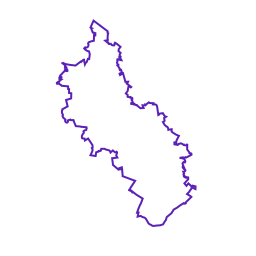 Las Margaritas, Chiapas, Mexico (Mercator projection), rotated 217°
{"feature_id": "50627088B80831055738102", "entity_name": "Las Margaritas", "entity_type": "district", "adm_level": 2, "iso_a3": "MEX", "parent_name": "Mexico", "parent_adm1": "Chiapas", "projection": "mercator", "projection_center": [-91.688, 16.374], "detail": "fine", "context": "isolated", "style": "outline", "palette": "violet", "viewbox_px": 256, "rotation_deg": 217, "n_neighbors": 0, "source": "geoboundaries", "source_scale": "gbopen_adm2", "svg_char_len": 5808}
<svg xmlns="http://www.w3.org/2000/svg" viewBox="0 0 256 256"><g transform="rotate(217 128 128)"><path d="M202.4,193.0L220.1,193.0L218.4,185.7L217.2,185.9L217.5,185.5L213.6,183.0L212.7,183.6L211.1,184.1L209.9,182.3L211.1,181.9L207.8,177.1L209.6,175.0L211.0,172.7L210.8,171.8L210.7,171.4L209.7,170.8L209.3,170.2L208.9,168.7L209.1,168.0L209.7,167.0L210.2,166.5L210.7,166.6L210.9,165.2L210.5,165.0L209.0,164.9L207.1,165.0L205.2,165.7L202.9,163.9L200.5,159.7L201.6,159.1L200.7,155.8L201.0,154.3L200.7,152.9L203.5,155.3L204.2,156.1L204.7,155.6L205.2,152.6L205.7,152.7L207.5,146.3L212.5,143.4L216.9,141.2L218.9,141.0L219.4,140.2L219.1,140.1L218.1,140.6L216.0,139.9L215.4,139.9L215.0,139.6L215.1,138.9L215.0,138.7L214.3,139.4L213.7,139.4L213.5,139.2L213.4,138.9L214.1,138.0L213.4,137.0L213.0,136.8L212.7,136.9L212.7,137.3L212.9,138.1L212.5,138.3L211.4,137.9L211.0,137.6L210.7,137.1L210.9,136.7L211.5,136.4L212.1,136.2L213.0,136.3L213.3,136.3L213.3,136.1L212.8,135.1L213.2,133.7L213.3,132.7L213.4,130.7L213.7,129.7L213.7,129.0L213.6,128.4L213.1,128.3L211.7,128.6L211.6,128.4L212.4,127.8L213.0,127.0L213.0,126.6L212.5,126.4L210.3,126.8L210.4,126.5L211.5,126.2L212.0,125.8L211.9,125.4L211.1,125.1L210.9,124.7L211.0,124.4L210.9,123.6L211.4,123.2L211.8,122.2L212.0,121.2L211.9,121.0L211.4,120.8L211.2,121.0L211.1,120.9L210.6,121.9L210.2,121.6L209.8,122.0L209.4,121.8L207.3,122.0L206.4,121.8L200.9,125.2L199.3,123.1L198.4,123.6L196.2,120.5L194.2,121.6L191.2,117.4L194.3,113.1L189.2,108.9L189.4,108.6L191.7,103.4L191.3,103.0L191.3,102.4L191.0,101.8L189.8,100.3L187.9,99.4L187.7,99.0L187.6,98.2L187.4,98.1L185.8,97.2L183.6,97.2L183.0,97.0L182.8,96.6L182.7,96.1L182.0,95.4L181.6,95.3L180.6,95.2L180.2,95.4L179.7,96.0L179.7,96.7L179.9,97.1L180.2,97.5L180.6,97.8L180.1,98.7L179.0,100.1L178.4,99.9L176.3,101.5L175.5,101.0L175.3,100.7L170.8,98.1L166.8,100.6L166.2,100.7L164.9,101.6L161.6,103.6L160.8,102.8L160.8,102.4L160.2,101.5L160.4,100.8L160.9,100.4L161.4,99.6L161.6,98.6L160.4,97.6L160.4,95.5L160.1,94.0L159.1,92.6L158.7,92.3L158.3,92.2L156.3,93.4L154.9,92.1L153.5,95.6L146.0,92.9L144.4,91.0L144.8,90.2L143.1,89.3L142.4,87.6L141.6,83.7L137.0,86.1L138.8,89.5L137.5,91.2L137.7,91.9L137.0,92.2L136.2,93.3L136.4,93.7L136.2,93.8L136.8,95.3L134.2,97.3L132.9,97.4L130.4,98.5L129.3,98.8L128.5,98.7L127.2,97.9L126.6,100.9L123.7,100.8L123.1,101.3L122.8,101.6L122.8,102.1L122.3,102.1L121.9,101.8L120.9,99.0L118.7,98.0L122.5,94.3L118.1,89.9L117.9,89.5L110.6,89.0L109.6,90.1L110.3,90.3L111.4,89.6L109.3,92.9L107.7,91.4L106.7,90.1L105.5,88.9L103.3,86.3L90.5,90.1L90.0,81.5L89.6,80.7L89.9,79.5L89.7,79.0L88.0,79.4L88.0,79.6L86.5,79.3L86.8,79.9L81.2,79.8L73.8,80.5L72.2,75.1L72.1,73.7L70.9,69.2L69.8,65.8L68.7,66.8L67.0,63.0L65.0,65.4L62.8,65.6L61.1,66.3L60.5,66.4L59.3,66.3L56.5,65.2L54.8,64.4L53.4,64.1L52.2,64.2L51.6,64.5L49.8,64.6L48.7,65.1L45.7,68.0L43.8,69.6L42.0,72.2L42.4,75.7L42.4,77.7L43.3,79.5L43.4,80.4L42.0,86.2L42.4,90.4L40.9,93.8L40.0,97.0L38.4,101.3L37.8,101.2L37.0,101.8L36.8,102.2L37.3,102.2L35.9,111.1L37.2,111.2L41.1,110.8L40.7,114.1L40.9,115.2L40.8,117.5L41.1,118.2L41.6,119.0L37.4,119.8L38.9,122.0L41.8,120.8L42.0,119.6L46.4,120.1L46.5,117.0L49.6,117.7L49.1,123.4L50.2,124.7L50.8,124.2L51.2,123.7L51.3,123.9L51.6,123.7L51.6,123.4L51.6,123.6L51.8,123.5L51.7,123.7L51.9,123.7L51.9,123.9L52.2,123.8L52.3,123.4L53.1,123.6L53.3,123.5L53.2,123.4L53.5,123.5L53.5,123.2L54.1,123.2L54.3,123.1L54.6,123.2L55.1,124.1L55.8,124.4L55.7,125.2L57.6,126.4L56.6,127.2L56.5,127.7L56.7,128.8L58.1,129.1L58.7,128.9L60.5,129.4L60.7,129.8L61.0,130.1L60.9,130.3L60.2,130.5L60.6,130.7L60.8,131.0L61.4,131.1L62.0,131.7L62.7,132.1L63.2,132.6L63.1,134.2L62.8,134.2L61.8,134.8L62.1,135.8L62.6,136.2L64.5,137.2L66.3,136.5L68.8,135.2L66.5,137.6L64.7,138.4L64.7,138.7L64.5,139.2L64.2,139.1L63.8,138.9L63.9,139.0L63.1,140.7L61.2,144.8L61.5,145.2L61.9,145.1L61.9,145.6L62.1,145.7L62.5,145.6L64.5,144.5L63.9,145.3L67.9,146.5L71.1,151.0L70.8,149.1L73.0,148.1L73.3,148.4L73.9,147.9L74.9,148.0L76.7,147.5L77.0,147.1L77.2,146.5L77.7,146.1L78.2,145.4L78.4,145.0L78.1,144.4L81.1,142.9L82.3,144.4L81.5,145.2L80.7,145.3L81.8,147.4L82.6,152.4L85.7,151.6L89.7,151.3L91.0,151.4L92.4,153.3L94.7,150.8L95.5,151.7L96.4,152.3L97.4,152.6L98.0,152.3L100.6,152.5L103.7,153.8L103.2,155.0L103.1,155.8L105.2,157.7L104.4,159.9L105.5,159.6L106.8,159.8L107.8,160.4L108.5,160.4L109.1,160.8L112.0,157.9L111.3,157.3L111.6,156.6L117.7,162.7L119.1,163.5L120.1,163.4L122.2,161.9L122.6,163.1L125.7,161.0L126.8,161.0L127.5,158.4L127.7,157.1L128.4,157.0L128.0,156.3L130.1,154.9L128.4,153.6L128.0,153.6L127.6,153.4L129.9,151.3L134.7,151.4L134.9,151.6L135.5,151.1L136.6,150.8L140.0,149.2L140.4,149.9L138.4,151.1L139.3,151.1L139.7,151.5L141.4,152.4L142.0,153.9L142.5,154.4L142.9,154.5L143.2,154.4L143.2,153.8L143.6,154.2L144.2,154.3L144.7,154.3L144.9,154.2L145.0,153.5L146.4,153.0L146.9,152.7L147.4,152.9L148.1,154.2L150.5,154.3L150.6,157.6L151.2,158.5L152.8,162.0L150.2,162.1L150.1,162.7L155.6,162.7L155.5,163.7L155.8,165.0L157.8,163.3L164.9,168.7L166.2,165.5L167.4,166.2L167.2,167.0L166.2,168.4L166.1,168.7L166.4,168.7L168.5,170.3L169.2,170.3L169.1,169.9L168.9,169.9L168.7,169.6L169.1,169.3L169.3,169.3L171.0,170.7L171.8,170.9L173.1,171.6L173.4,172.1L173.7,171.5L174.1,171.5L174.3,171.6L174.3,172.1L174.6,172.8L175.3,173.0L175.7,173.4L176.2,173.6L176.4,174.6L177.1,175.3L177.8,176.5L177.6,176.8L177.4,176.6L174.0,178.2L174.6,178.6L177.6,179.4L176.9,180.5L178.7,181.2L179.1,182.7L179.1,183.5L181.8,183.7L182.8,185.3L182.8,188.3L187.4,188.5L189.7,188.3L189.7,187.8L189.6,187.7L189.4,187.1L188.9,186.5L188.8,185.6L189.6,185.0L190.9,184.5L192.5,184.9L193.7,183.6L194.4,183.7L195.2,184.4L195.7,183.9L198.7,184.1L197.0,185.9L197.4,186.6L197.9,186.8L199.7,189.4L200.3,190.6L200.7,191.0L200.8,191.6L201.1,191.5L201.8,191.9L202.4,193.0Z" fill="none" stroke="#5b21b6" stroke-width="2"/></g></svg>